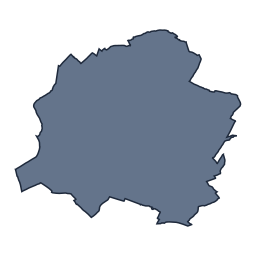 Dobrin, Salaj, Romania (Natural Earth projection)
{"feature_id": "2599482B81285722475955", "entity_name": "Dobrin", "entity_type": "district", "adm_level": 2, "iso_a3": "ROU", "parent_name": "Romania", "parent_adm1": "Salaj", "projection": "natural_earth1", "projection_center": [23.114, 47.302], "detail": "fine", "context": "isolated", "style": "filled", "palette": "slate", "viewbox_px": 256, "rotation_deg": 0, "n_neighbors": 0, "source": "geoboundaries", "source_scale": "gbopen_adm2", "svg_char_len": 5737}
<svg xmlns="http://www.w3.org/2000/svg" viewBox="0 0 256 256"><path d="M191.6,224.6L191.4,224.3L190.0,223.7L189.4,223.2L187.9,221.9L187.7,221.6L189.2,220.2L190.0,218.8L193.0,216.6L193.9,215.7L194.3,215.0L196.9,212.7L197.6,211.7L197.9,210.9L198.2,208.9L198.2,207.7L198.5,206.6L202.1,205.6L203.5,205.6L204.7,205.8L204.9,205.6L206.7,205.1L207.6,204.5L210.2,203.7L212.2,202.6L213.8,202.2L215.0,201.5L215.3,201.4L217.2,199.9L217.5,199.1L219.2,198.1L219.0,197.5L215.7,193.5L215.4,193.1L217.1,191.8L216.0,191.2L213.5,189.0L212.9,187.8L212.1,186.9L209.1,185.7L208.2,184.4L207.9,183.6L206.6,181.5L215.3,178.4L215.3,178.2L215.5,178.0L214.2,176.0L217.4,175.0L219.2,174.0L220.4,173.6L220.5,172.6L220.2,171.4L220.3,170.5L221.3,168.4L223.1,166.5L223.2,166.1L224.5,164.4L224.5,164.2L224.6,162.4L224.8,161.7L224.9,160.0L224.4,158.2L223.9,156.3L223.4,154.8L223.4,154.3L222.6,154.8L221.3,157.1L219.8,159.2L217.3,163.5L217.2,163.5L216.9,163.3L215.8,161.4L212.6,158.1L212.8,157.6L213.9,157.4L214.7,156.5L215.3,155.6L215.5,154.9L218.1,151.7L218.9,150.0L220.3,148.2L221.0,147.2L221.5,146.2L223.0,144.2L223.8,142.6L224.8,141.2L225.6,140.8L226.7,140.4L229.3,140.0L229.6,139.8L230.0,139.0L230.5,138.3L231.4,137.6L231.6,137.4L233.3,137.1L233.8,136.4L234.1,136.2L236.9,135.8L234.7,135.5L234.3,135.6L232.9,135.2L232.1,135.3L231.8,135.6L230.9,135.8L230.8,136.0L230.2,136.4L229.8,136.4L228.4,136.6L227.6,137.0L226.9,137.2L228.8,133.9L230.2,131.3L234.2,123.0L234.7,122.0L235.4,121.4L235.4,121.2L235.2,120.8L232.9,119.8L232.0,119.4L231.1,118.7L230.4,118.5L231.4,115.8L232.4,115.1L232.8,114.2L233.1,113.6L233.3,112.4L240.0,106.1L240.6,104.2L240.3,102.6L239.5,100.9L237.8,97.6L237.5,96.8L237.5,95.7L235.8,94.6L233.2,94.2L232.5,94.0L231.4,94.0L231.0,93.7L230.9,93.5L230.6,93.4L230.1,92.9L229.7,92.8L229.4,92.7L228.1,93.0L226.3,93.1L225.3,93.0L222.0,92.0L218.7,91.4L216.1,90.8L215.0,90.8L214.9,91.0L214.6,91.8L214.0,92.0L212.5,91.9L210.0,91.3L209.5,91.2L209.3,90.7L209.3,90.4L209.0,90.1L207.8,89.8L206.4,89.1L205.0,89.0L204.9,88.9L203.2,88.1L203.2,87.9L202.8,87.8L201.9,87.5L201.4,87.2L199.7,86.7L197.7,85.6L196.2,85.0L195.6,84.7L194.4,84.3L189.3,81.3L190.3,80.2L190.4,79.8L190.9,78.8L192.0,77.2L192.5,76.7L193.2,75.6L193.3,75.1L194.3,73.5L194.5,73.1L195.3,72.2L196.6,69.8L197.8,68.2L199.0,64.9L199.7,62.8L200.2,61.9L200.6,60.7L201.1,59.1L201.0,58.6L199.1,54.8L197.2,55.4L196.9,55.0L196.0,54.4L193.5,52.9L192.0,52.2L189.7,51.8L189.1,51.3L188.8,50.9L186.3,43.1L186.2,42.5L186.2,42.0L185.5,42.0L184.8,41.8L183.9,41.3L182.2,41.2L181.0,40.9L179.4,40.3L179.3,40.1L179.4,39.7L178.6,39.7L177.1,38.5L175.3,37.7L175.1,37.5L175.1,37.2L176.7,37.0L177.2,36.8L177.4,36.5L177.3,36.2L175.3,34.5L174.2,34.0L172.6,32.9L172.1,32.8L171.7,33.2L171.0,33.2L168.1,31.6L167.9,31.3L168.0,30.9L166.1,30.3L164.4,30.1L162.6,30.2L159.9,30.0L157.6,30.4L155.6,31.1L154.5,30.9L151.2,31.4L150.2,32.0L149.7,32.2L149.1,32.2L148.2,31.9L147.3,32.0L146.0,32.7L145.7,33.1L145.1,33.4L144.0,33.5L141.3,35.2L140.6,35.4L138.0,35.9L135.7,36.5L135.0,37.0L133.6,37.0L133.3,37.2L133.2,37.5L133.4,38.2L133.3,38.8L132.0,39.2L130.7,40.2L129.9,40.3L128.4,40.3L127.9,40.5L128.8,42.1L129.6,44.0L130.3,44.6L130.4,45.2L130.2,45.7L129.4,45.5L128.8,45.6L127.1,46.3L126.1,46.3L125.4,46.0L125.0,45.7L124.4,45.5L122.8,45.4L114.1,45.6L110.7,46.6L108.7,48.5L106.7,49.9L105.2,49.3L104.8,48.7L104.8,48.4L104.6,48.4L102.7,49.9L102.1,50.6L101.9,51.1L99.7,49.5L99.1,48.9L96.7,55.9L95.7,55.2L94.1,53.9L92.4,52.9L91.6,53.4L90.1,55.0L87.9,57.2L87.0,58.2L83.5,61.3L80.9,63.5L80.3,62.9L79.8,62.0L78.4,61.0L77.5,60.1L77.1,59.5L76.0,58.7L75.1,58.4L74.7,57.9L74.4,57.9L74.2,57.4L73.7,57.2L73.8,57.0L73.6,56.6L73.1,56.7L71.0,54.3L70.2,54.9L67.9,57.3L66.2,59.2L62.9,62.5L59.7,66.3L58.5,65.7L55.8,83.5L54.6,84.6L53.1,87.1L52.9,88.0L52.6,88.5L52.5,89.4L52.1,90.2L51.7,90.6L51.1,90.7L50.9,90.9L50.2,92.0L49.3,92.9L48.3,93.3L45.0,95.5L43.6,96.2L42.1,97.2L40.0,98.1L39.1,99.3L36.7,100.7L34.3,103.5L33.8,104.8L33.7,105.5L33.7,106.2L33.9,107.1L35.8,110.4L36.3,112.5L37.2,114.5L39.6,118.3L39.7,118.6L41.0,122.1L42.0,123.9L42.0,124.7L41.8,125.3L41.8,126.0L42.0,126.3L42.2,128.5L41.4,131.4L40.5,132.2L40.1,132.9L40.0,133.6L39.6,134.9L38.5,135.9L37.9,136.4L37.3,136.4L36.5,136.1L38.7,140.1L39.4,142.1L39.5,142.8L39.6,145.5L39.6,146.3L39.8,146.5L39.8,147.3L39.5,148.2L39.6,148.7L38.4,152.5L37.6,154.5L36.5,156.4L35.7,157.2L31.7,159.5L27.9,161.9L26.0,162.9L19.9,166.8L17.1,168.4L16.1,169.2L15.4,169.3L15.9,171.0L17.0,175.9L17.2,176.4L17.6,176.5L18.7,180.1L19.6,182.0L20.4,184.6L21.8,191.6L23.0,190.9L26.8,189.1L28.8,188.0L33.8,185.9L35.6,185.2L36.8,184.5L39.6,183.6L40.0,183.4L40.3,182.8L41.3,183.1L45.8,186.1L49.0,188.4L51.3,190.4L51.9,191.1L51.6,192.3L52.7,192.8L56.1,193.2L59.2,193.4L65.5,193.0L68.1,193.6L69.1,193.5L70.3,193.8L70.8,193.7L72.6,195.8L75.7,198.9L75.9,199.2L75.2,199.8L73.9,200.5L75.5,202.6L75.8,203.6L76.6,204.4L76.8,204.4L77.1,204.2L80.8,207.5L82.0,208.9L83.4,210.3L85.0,211.4L88.2,214.2L91.3,217.4L93.4,216.0L95.7,214.1L97.5,212.2L98.7,211.2L99.1,210.5L99.4,209.0L99.6,207.2L100.4,205.5L102.4,203.5L105.3,201.5L107.6,200.0L108.0,199.6L108.8,198.1L109.6,196.8L118.6,199.6L123.0,200.9L124.0,201.1L125.1,198.6L139.7,204.1L140.2,204.3L140.4,204.8L141.1,204.4L141.4,204.5L142.4,205.1L145.7,205.9L148.6,205.9L149.4,206.1L150.2,206.8L151.1,207.0L152.1,207.3L151.6,208.4L151.8,208.9L152.2,209.3L153.1,209.3L153.5,208.5L154.6,208.9L155.0,208.8L155.5,208.9L156.0,209.4L157.5,210.1L158.5,211.1L160.2,212.0L160.2,212.4L159.1,214.5L158.4,216.4L157.5,217.9L157.4,218.3L157.8,218.7L159.3,219.4L157.4,222.6L156.9,223.8L160.7,223.6L161.6,223.0L162.2,222.9L162.7,223.1L163.5,222.9L163.8,223.1L164.3,223.2L165.6,222.3L166.7,222.0L169.5,221.9L176.2,222.3L178.9,222.9L183.0,224.2L187.8,226.0L191.6,224.6Z" fill="#64748b" stroke="#1e293b" stroke-width="1.5"/></svg>